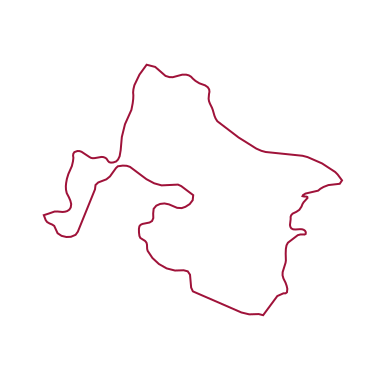 outline of Mehedinti, rotated 351°
{"feature_id": "ROU-124", "entity_name": "Mehedinti", "entity_type": "County", "adm_level": 1, "iso_a3": "ROU", "parent_name": "Romania", "parent_adm1": "", "projection": "equal_earth", "projection_center": [22.715, 44.596], "detail": "fine", "context": "isolated", "style": "outline", "palette": "rose", "viewbox_px": 384, "rotation_deg": 351, "n_neighbors": 0, "source": "natural_earth", "source_scale": "10m", "svg_char_len": 2606}
<svg xmlns="http://www.w3.org/2000/svg" viewBox="0 0 384 384"><g transform="rotate(351 192 192)"><path d="M243.0,324.8L238.8,323.0L229.4,321.8L221.9,318.7L177.5,290.4L177.3,290.2L176.2,286.3L177.1,273.4L175.4,269.7L171.5,268.0L162.9,266.9L155.0,263.5L148.1,258.0L142.6,251.0L139.0,243.2L138.8,241.2L139.3,236.9L139.1,234.9L138.1,233.1L133.8,229.3L133.2,227.2L133.3,223.7L133.8,220.1L134.7,217.6L136.1,216.4L138.0,215.8L145.3,215.5L148.0,214.4L149.7,211.7L150.3,207.1L151.5,202.6L154.6,199.9L158.7,198.8L163.0,199.0L167.3,200.6L174.8,205.3L179.3,206.3L183.2,205.6L187.8,203.6L191.4,200.2L192.7,195.3L182.3,184.5L179.3,182.5L163.0,180.7L156.0,177.5L149.0,172.2L134.7,157.5L131.6,155.9L127.8,155.1L122.8,155.0L120.6,156.5L113.4,163.8L109.4,166.1L100.9,167.9L97.8,170.0L96.6,174.2L73.0,213.4L70.3,216.1L65.4,217.3L60.9,216.8L56.3,214.9L52.8,211.7L50.6,203.9L48.7,202.2L46.4,200.8L44.2,199.0L43.1,196.9L42.4,193.5L42.0,191.7L47.1,190.9L53.2,189.8L56.0,190.2L61.1,191.5L63.6,191.6L65.8,191.3L68.1,190.2L69.8,188.3L70.8,185.0L70.5,181.6L69.6,178.0L68.1,173.5L67.9,170.0L68.3,166.5L69.1,163.4L70.5,159.4L72.7,154.9L77.4,147.6L79.2,143.2L80.2,139.7L80.2,137.5L80.8,135.6L82.1,134.2L85.2,133.6L87.3,134.0L89.2,135.0L96.3,141.5L97.6,142.5L99.2,143.1L101.3,143.3L108.0,143.2L109.8,143.6L111.3,144.4L112.7,145.6L114.0,148.4L114.9,149.6L116.5,150.3L118.8,150.5L121.8,150.0L124.0,148.4L126.1,145.4L128.1,139.5L131.3,126.7L136.4,114.6L145.0,101.4L147.3,95.1L148.5,90.9L149.2,87.3L149.4,84.5L150.2,81.4L151.8,77.5L158.5,67.8L167.1,59.2L175.2,62.7L184.0,73.2L187.7,75.0L191.0,75.6L200.6,74.6L204.6,75.2L207.1,76.3L209.1,78.0L210.6,80.2L212.8,82.8L216.3,85.8L221.6,88.7L224.0,91.0L225.0,93.4L224.9,95.8L224.1,98.0L223.0,102.5L223.0,104.9L223.5,107.4L224.9,111.9L225.4,114.4L226.1,120.2L226.8,123.1L228.1,126.1L246.5,145.4L262.3,159.2L267.0,162.2L271.0,164.0L306.8,173.5L311.6,175.6L324.9,184.1L336.6,194.7L338.6,197.5L342.0,204.0L339.2,207.0L327.8,206.5L322.7,207.6L319.3,208.9L316.8,210.4L303.8,211.3L301.1,212.5L300.5,213.4L302.0,214.0L303.9,214.3L305.1,214.9L305.1,216.0L300.6,219.6L299.1,221.4L297.9,223.5L295.2,226.4L292.0,227.9L288.0,229.1L286.3,230.5L285.5,232.0L285.2,234.2L283.6,239.9L283.7,241.8L284.4,243.5L286.1,244.7L288.3,245.2L292.7,245.6L294.8,246.0L296.4,246.8L297.6,248.0L298.1,249.5L297.7,251.2L296.6,251.6L292.4,250.9L289.7,251.2L278.8,257.1L277.0,259.5L275.8,262.9L274.9,267.5L274.0,274.4L273.3,276.6L269.0,285.3L268.4,288.4L268.8,291.8L270.2,296.2L270.8,299.5L271.0,302.6L270.1,305.9L268.6,306.7L266.4,306.4L260.0,308.1L243.1,324.7L243.0,324.8Z" fill="none" stroke="#9f1239" stroke-width="2"/></g></svg>